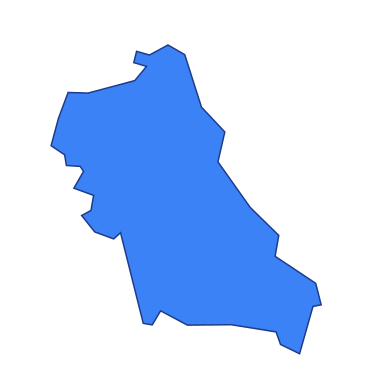 Rumbek East, Lakes, South Sudan (Robinson projection), rotated 100°
{"feature_id": "79223893B32400871313636", "entity_name": "Rumbek East", "entity_type": "district", "adm_level": 2, "iso_a3": "SSD", "parent_name": "South Sudan", "parent_adm1": "Lakes", "projection": "robinson", "projection_center": [30.005, 6.745], "detail": "fine", "context": "isolated", "style": "filled", "palette": "blue", "viewbox_px": 384, "rotation_deg": 100, "n_neighbors": 0, "source": "geoboundaries", "source_scale": "gbopen_adm2", "svg_char_len": 636}
<svg xmlns="http://www.w3.org/2000/svg" viewBox="0 0 384 384"><g transform="rotate(100 192 192)"><path d="M329.8,217.2L329.8,208.1L314.5,202.3L323.9,173.4L315.9,130.4L315.2,84.9L326.8,78.3L332.6,58.0L283.7,53.0L280.7,45.2L260.5,54.3L240.9,99.0L219.7,99.0L197.1,132.0L157.8,171.7L127.2,170.1L106.8,197.4L58.0,223.0L51.4,241.2L64.5,257.7L63.1,271.0L74.7,271.8L76.2,258.6L92.2,267.7L112.6,311.5L115.5,331.3L142.5,336.3L170.9,338.8L177.5,323.9L187.7,320.3L186.2,306.5L190.6,302.4L208.8,309.0L212.4,288.3L227.7,288.3L234.3,296.6L248.2,280.9L251.8,261.0L244.5,255.3L329.8,217.2Z" fill="#3b82f6" stroke="#1e3a8a" stroke-width="1.5"/></g></svg>